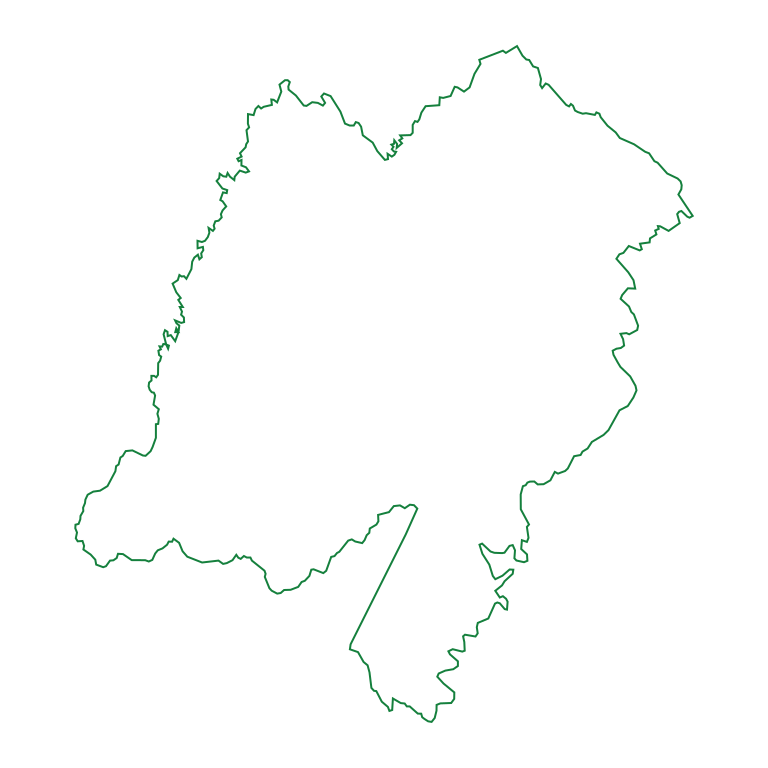 Tibagi, Paraná, Brazil
{"feature_id": "56859067B71832122633341", "entity_name": "Tibagi", "entity_type": "district", "adm_level": 2, "iso_a3": "BRA", "parent_name": "Brazil", "parent_adm1": "Paraná", "projection": "equal_earth", "projection_center": [-50.488, -24.685], "detail": "fine", "context": "isolated", "style": "outline", "palette": "green", "viewbox_px": 768, "rotation_deg": 0, "n_neighbors": 0, "source": "geoboundaries", "source_scale": "gbopen_adm2", "svg_char_len": 6073}
<svg xmlns="http://www.w3.org/2000/svg" viewBox="0 0 768 768"><path d="M567.8,468.5L574.1,456.2L580.6,455.0L582.5,451.6L587.6,448.5L591.9,441.9L603.6,434.9L608.5,430.1L619.5,410.3L627.8,406.0L633.4,397.5L636.5,390.4L635.5,385.8L630.2,376.4L620.4,366.9L617.8,362.6L613.5,354.8L612.7,350.7L616.5,348.7L620.8,348.0L624.1,345.6L623.1,339.2L620.5,333.8L626.4,333.1L629.2,334.3L637.2,330.0L638.1,325.7L633.9,314.4L631.3,312.0L629.0,306.5L620.6,298.8L622.2,295.0L627.9,288.3L635.2,288.6L633.5,280.2L628.3,272.3L616.4,258.8L619.4,254.3L623.4,252.9L628.8,246.0L639.7,250.4L641.8,249.2L640.0,243.7L649.6,242.4L650.0,238.4L656.4,234.4L655.2,230.5L658.7,228.9L657.9,226.1L660.2,226.3L668.6,230.9L679.7,223.1L677.2,214.1L679.0,211.8L681.4,211.0L687.3,216.7L689.6,217.7L692.7,215.9L678.4,194.5L681.3,189.3L681.7,185.2L680.6,181.4L677.6,178.5L667.2,173.5L657.6,162.7L654.4,161.2L649.1,153.3L645.2,151.8L634.1,144.3L619.8,138.0L615.7,132.4L607.5,125.7L600.7,117.2L599.4,113.7L596.4,112.4L594.9,114.9L586.0,113.2L582.7,113.7L577.7,112.0L575.0,110.5L573.0,105.7L570.9,104.0L569.1,106.4L566.2,104.9L548.6,84.8L545.7,83.5L542.1,88.1L540.2,85.0L541.0,79.1L537.9,68.0L533.1,66.4L529.2,60.0L526.3,59.5L522.5,55.7L517.0,46.1L505.9,52.9L502.9,50.7L479.3,59.8L480.5,63.9L474.5,73.8L469.6,87.4L464.0,91.6L457.5,87.4L454.7,86.8L450.6,96.0L443.2,97.9L439.8,97.3L439.3,105.2L425.6,106.2L421.4,112.6L419.3,119.4L417.5,121.9L415.0,121.1L412.7,124.9L412.7,132.8L410.5,135.1L400.2,135.4L402.3,138.4L399.2,140.3L402.0,143.3L396.7,147.9L397.1,144.0L394.3,140.3L394.0,143.8L391.4,144.6L393.5,146.8L391.8,149.2L393.8,151.4L396.1,151.8L394.4,154.8L391.8,156.6L387.6,153.8L388.0,159.1L384.9,159.9L377.3,151.1L372.7,142.6L362.8,135.3L361.1,126.7L358.6,123.0L355.8,122.1L353.8,125.5L349.6,125.5L345.0,123.6L340.4,111.6L330.6,96.1L324.0,93.5L321.3,96.5L325.1,102.9L322.9,105.6L317.9,102.9L312.2,102.2L306.5,105.9L303.7,105.5L295.9,95.5L288.6,89.6L288.3,86.5L289.8,82.1L287.7,80.2L285.0,80.2L279.5,84.6L281.3,91.6L277.1,102.4L273.7,99.8L271.3,99.5L271.9,104.9L263.7,106.8L261.1,108.5L258.4,106.0L255.5,109.0L253.6,115.1L248.0,114.1L247.9,123.7L249.1,127.4L246.5,130.2L248.0,141.5L246.2,144.2L245.6,147.3L240.0,153.2L241.6,156.6L237.3,158.7L238.6,161.2L241.5,160.0L241.4,165.5L246.0,167.3L249.0,171.4L245.7,172.6L239.8,170.6L234.7,176.7L234.3,180.1L230.0,176.7L227.6,173.0L226.3,176.7L223.3,176.3L219.7,173.7L219.2,178.1L216.6,181.0L222.4,188.5L227.2,190.1L226.7,193.1L223.0,192.4L220.3,200.0L222.6,201.3L226.2,206.4L222.6,210.4L220.9,214.2L221.7,217.4L218.6,220.7L215.3,221.3L213.7,225.6L214.6,228.7L212.9,230.9L208.6,227.9L209.4,232.7L207.8,237.1L205.0,240.8L201.9,242.0L197.5,240.8L197.6,248.3L202.9,246.9L203.3,250.2L201.2,253.4L201.8,257.2L199.4,259.3L197.9,254.7L194.3,257.6L192.2,261.7L191.4,269.1L186.4,278.8L184.0,276.2L181.6,276.5L179.4,275.0L177.8,280.1L172.6,283.6L176.3,292.3L180.7,298.0L178.3,299.9L182.8,307.0L179.8,307.0L182.0,311.6L181.1,314.7L183.9,317.5L184.1,322.1L181.2,322.9L175.1,320.4L176.5,323.3L179.3,325.6L178.5,332.1L175.2,341.2L170.8,335.1L167.7,336.1L167.5,331.8L165.0,330.2L163.6,334.3L166.2,344.5L163.3,344.0L162.2,346.6L159.5,346.4L160.9,349.3L158.4,350.7L159.1,355.1L161.2,356.6L160.1,360.7L158.2,363.1L158.0,374.8L156.2,377.3L154.1,375.9L151.4,375.9L151.5,380.5L149.1,382.5L148.6,386.3L149.7,389.7L151.7,392.2L153.9,392.7L155.1,395.5L153.5,404.7L158.8,409.2L157.4,413.8L158.8,418.8L158.2,423.9L155.9,424.2L155.9,437.8L152.6,447.0L150.6,451.2L145.6,455.8L142.9,455.5L132.4,450.4L125.7,451.1L122.7,456.0L120.4,457.5L118.6,464.5L116.1,466.2L115.4,471.2L107.5,486.1L100.0,490.7L93.3,491.6L87.7,494.7L85.4,499.6L85.0,503.1L83.1,507.7L83.3,511.1L80.5,515.9L80.3,519.3L78.6,523.9L75.5,524.7L75.3,528.3L77.0,532.5L75.8,538.3L77.7,541.3L82.5,541.0L84.1,545.8L83.4,549.5L90.7,554.6L95.3,559.7L96.2,564.6L103.2,567.2L106.0,566.2L110.0,560.6L113.4,560.3L116.7,558.0L118.0,553.8L123.0,554.1L131.7,560.1L145.2,560.2L148.8,561.5L152.3,559.9L155.2,553.5L157.8,550.3L162.5,548.4L167.1,544.7L168.7,541.6L172.1,541.7L173.5,538.7L179.1,542.8L182.6,551.3L187.3,556.7L202.1,562.5L218.5,560.6L223.1,563.9L226.8,563.1L232.5,560.2L236.3,554.8L238.3,557.7L240.7,558.9L243.9,556.0L246.7,557.5L250.4,557.5L251.9,560.6L264.5,570.7L265.6,573.8L264.8,576.9L269.4,588.2L271.7,590.7L277.2,593.6L280.7,593.0L284.1,590.0L290.6,589.8L298.2,586.9L301.6,582.0L304.8,580.8L309.4,575.9L311.3,569.7L313.6,569.3L323.3,573.1L326.2,570.8L331.2,556.9L334.5,556.1L337.0,553.0L339.3,551.8L348.2,540.6L351.8,539.4L355.2,541.5L362.2,543.1L364.6,540.1L366.7,535.2L369.3,532.8L369.8,528.5L376.4,524.6L378.4,521.3L378.1,514.9L389.0,512.1L393.8,506.1L400.0,505.4L404.8,508.2L409.9,504.7L414.0,505.2L417.3,508.6L405.8,534.3L350.6,644.3L349.9,649.3L358.0,652.1L363.6,662.0L367.6,665.3L369.5,672.4L371.4,687.9L374.0,690.8L376.3,691.1L381.8,701.7L387.9,706.9L389.4,710.9L392.2,710.0L392.9,698.5L400.8,703.1L404.7,703.5L406.8,706.4L409.7,706.4L417.8,713.6L421.2,713.7L422.2,717.2L424.4,718.9L428.1,721.3L431.6,721.9L434.7,718.0L436.5,710.7L436.6,704.9L440.3,703.4L451.2,703.0L454.2,698.9L454.3,692.4L443.5,683.5L437.3,676.7L438.7,673.5L445.3,670.6L453.3,669.2L457.9,666.0L457.9,661.3L450.0,654.4L448.4,651.3L452.7,649.2L462.3,651.6L464.7,650.7L464.3,642.0L463.1,636.3L465.0,634.7L475.5,636.5L477.7,633.3L476.8,627.2L477.8,622.9L488.3,618.5L495.0,603.6L497.3,602.5L499.8,603.3L504.7,609.1L507.0,609.6L507.6,601.7L506.1,598.8L502.9,596.2L499.8,597.5L495.3,590.8L502.0,585.4L504.6,581.2L512.7,573.8L513.3,569.7L509.6,569.5L502.5,575.7L495.3,579.2L492.8,575.9L489.3,564.6L482.4,553.8L479.5,544.7L482.1,543.6L490.5,551.5L494.3,552.8L502.2,553.1L504.5,552.7L509.5,545.9L512.7,545.1L515.0,550.3L514.4,558.3L516.4,560.5L524.0,562.2L527.4,560.8L527.0,554.4L521.2,549.0L521.9,540.2L526.9,541.9L528.5,537.9L526.9,526.9L529.0,524.5L520.8,509.3L520.7,494.4L522.9,486.2L525.7,485.2L527.4,482.6L529.9,481.6L534.3,481.5L537.7,484.4L543.6,484.2L550.4,480.3L554.8,471.9L558.0,473.6L565.1,471.0L567.8,468.5ZM166.2,344.5L168.9,345.6L168.1,348.7L166.2,344.5ZM178.5,332.1L176.3,328.3L175.3,332.1L178.5,332.1Z" fill="none" stroke="#15803d" stroke-width="2"/></svg>